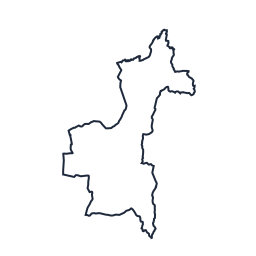 Manica, Manica, Mozambique (Natural Earth projection), rotated 11°
{"feature_id": "85939544B32725727804377", "entity_name": "Manica", "entity_type": "district", "adm_level": 2, "iso_a3": "MOZ", "parent_name": "Mozambique", "parent_adm1": "Manica", "projection": "natural_earth1", "projection_center": [33.017, -18.781], "detail": "fine", "context": "isolated", "style": "outline", "palette": "slate", "viewbox_px": 256, "rotation_deg": 11, "n_neighbors": 0, "source": "geoboundaries", "source_scale": "gbopen_adm2", "svg_char_len": 5834}
<svg xmlns="http://www.w3.org/2000/svg" viewBox="0 0 256 256"><g transform="rotate(11 128 128)"><path d="M143.7,25.6L143.2,26.2L143.0,27.1L142.6,27.5L143.0,28.2L142.6,29.3L142.2,29.6L141.8,29.7L142.1,31.3L141.6,31.6L141.4,32.1L141.7,33.4L141.6,33.6L140.7,33.8L140.4,34.3L140.0,33.7L139.9,32.4L139.7,32.4L139.0,32.6L138.1,33.5L137.0,35.0L136.7,36.0L136.3,36.3L136.2,37.4L135.9,37.5L135.8,38.8L135.4,40.2L133.9,43.1L133.7,44.4L134.2,45.2L135.5,46.2L135.8,47.0L136.0,48.2L135.6,52.4L135.1,53.8L134.6,54.5L130.0,57.9L129.8,58.3L127.7,59.5L126.6,59.8L126.6,59.1L126.3,58.5L126.1,57.6L125.6,57.1L125.7,56.4L126.1,56.0L126.2,55.3L125.9,55.1L125.3,55.8L124.5,55.6L124.4,55.9L122.9,56.8L122.3,57.8L120.5,58.7L120.2,59.2L120.2,59.8L120.0,60.1L119.3,60.1L118.0,60.8L117.8,60.7L117.7,60.2L117.5,60.3L117.1,61.5L115.8,61.4L115.9,61.8L115.2,61.7L115.2,61.8L115.4,62.1L115.2,62.5L114.7,62.5L114.2,62.1L113.9,62.2L113.4,62.9L113.2,62.8L113.2,62.0L113.0,61.8L112.3,61.4L112.0,61.4L111.2,62.5L110.1,62.7L109.5,63.7L109.4,64.3L109.1,64.7L108.8,64.4L108.4,64.4L104.9,66.2L105.2,66.9L107.1,68.5L108.0,70.0L110.0,72.0L110.4,72.6L108.3,79.8L108.9,80.7L110.3,81.9L112.1,82.7L112.0,85.2L112.6,89.4L122.2,106.1L122.3,108.4L122.1,109.9L121.8,110.8L121.2,111.2L120.0,116.0L119.5,118.8L118.5,121.6L117.9,122.7L117.6,124.7L117.1,125.5L115.0,127.5L114.1,128.9L112.7,129.7L112.2,130.5L111.5,131.3L106.9,132.5L106.5,132.5L105.9,132.2L102.3,129.6L100.6,128.1L99.3,127.3L98.4,127.2L92.9,127.8L92.1,128.5L90.5,129.5L88.7,131.5L85.8,132.0L84.7,132.4L83.5,133.8L83.1,134.6L82.4,135.3L81.7,135.5L80.7,135.5L80.2,135.1L79.3,135.0L79.0,135.1L78.3,135.8L77.1,136.6L76.0,137.8L74.7,138.1L72.7,139.6L70.5,141.6L70.2,142.0L72.1,145.8L72.7,145.6L73.0,146.0L72.8,146.5L72.9,146.9L75.7,153.7L75.9,154.7L75.1,155.1L75.4,157.9L75.6,159.1L76.1,160.3L77.4,162.0L78.3,162.8L78.4,163.2L78.2,163.4L75.7,163.9L72.7,165.0L70.1,165.3L69.4,165.6L71.2,172.2L72.4,181.6L73.2,186.0L84.5,186.3L84.9,185.8L85.5,184.6L85.9,184.2L87.5,184.0L90.9,184.4L96.8,182.5L98.4,182.3L98.6,182.5L99.1,184.6L99.2,188.0L99.8,191.5L99.8,194.8L102.5,198.2L104.2,197.5L104.8,197.5L105.1,197.8L105.4,198.8L105.2,200.0L106.8,204.4L106.6,205.3L105.7,207.0L105.0,209.9L103.7,213.5L103.4,215.0L103.0,221.4L104.5,221.2L106.3,221.6L106.8,221.5L107.4,221.1L108.5,219.0L109.4,218.5L111.3,218.0L112.7,218.1L115.8,217.1L117.2,217.0L122.5,217.3L124.9,217.1L128.0,217.2L130.0,216.7L132.4,215.4L136.2,214.9L140.5,211.8L142.1,209.6L144.7,208.3L145.3,207.8L146.2,206.5L146.6,206.3L147.8,206.8L149.1,207.9L151.1,209.9L152.3,211.5L153.2,212.2L154.2,212.6L156.2,212.5L156.5,212.7L157.2,213.9L157.5,214.7L157.5,215.5L158.2,217.1L158.7,217.4L160.2,217.3L160.7,218.3L160.7,218.7L161.0,219.5L160.7,221.2L160.7,222.8L160.4,223.9L161.6,224.7L162.1,226.2L162.8,226.4L163.1,226.3L163.8,225.3L164.8,224.9L165.1,225.0L166.3,226.5L166.9,227.0L168.6,227.7L168.9,228.2L169.3,229.5L169.7,230.1L171.8,230.9L172.0,231.4L172.4,231.1L171.9,229.9L172.1,228.8L172.1,227.6L172.6,226.9L172.9,225.1L173.5,224.2L173.4,223.4L174.2,222.2L174.2,221.3L173.7,220.9L173.5,220.4L171.6,218.9L170.8,217.0L170.7,216.4L171.0,215.7L171.0,214.6L171.1,213.7L170.9,212.2L171.6,211.1L171.4,210.5L171.3,208.9L171.1,208.4L171.0,207.4L170.3,206.3L170.2,205.0L170.0,204.4L170.0,203.0L169.7,202.4L169.5,201.0L169.2,200.4L169.3,199.5L168.7,198.4L167.7,198.0L167.2,197.6L166.3,196.0L165.9,193.9L165.9,191.7L165.3,190.8L165.3,190.3L164.7,189.8L164.5,189.4L164.6,188.4L164.5,187.5L164.9,185.7L165.4,184.2L166.2,182.5L166.8,180.6L166.5,180.5L166.8,178.5L166.8,176.9L166.2,175.9L165.6,175.3L160.4,167.3L160.5,160.4L158.8,160.1L157.8,159.3L157.4,159.1L155.7,159.9L155.2,159.9L153.2,158.6L152.4,158.8L150.3,160.0L149.7,160.1L149.0,159.7L148.2,159.8L148.8,158.2L148.5,157.6L148.5,157.0L147.9,155.9L148.2,155.1L148.5,154.6L147.8,153.3L147.9,153.1L147.7,150.1L147.1,146.6L145.7,144.7L145.5,143.0L144.9,142.4L144.6,141.8L144.8,140.3L144.5,139.3L144.6,138.6L144.4,138.0L144.6,136.7L144.7,135.2L144.5,134.2L144.3,134.0L144.1,133.4L144.0,132.0L144.2,131.1L147.3,131.0L149.7,130.0L151.9,127.9L152.4,127.2L152.6,126.5L152.7,125.9L152.3,124.9L151.1,122.6L150.8,120.8L150.8,115.4L150.4,114.5L149.4,113.4L149.2,112.2L149.9,110.5L150.6,107.6L151.4,105.0L151.2,104.0L150.4,103.5L150.2,102.5L150.4,100.7L150.6,94.2L150.9,92.9L152.1,91.1L153.0,89.3L152.7,87.0L153.0,85.4L153.6,85.4L154.3,84.4L155.1,84.0L156.3,82.9L157.2,81.3L158.1,80.4L159.2,79.9L159.5,80.1L160.1,81.4L160.4,83.0L161.2,83.8L161.7,83.9L162.3,84.2L162.9,84.2L163.5,83.7L164.5,83.5L166.5,83.9L167.2,84.3L167.5,84.3L167.5,83.7L168.9,82.8L170.4,82.6L172.6,84.0L172.8,83.4L173.2,82.9L174.4,82.8L175.2,82.3L176.1,82.5L177.3,82.4L179.0,82.5L180.3,82.3L181.2,81.9L182.0,82.3L183.1,83.3L184.2,83.7L185.1,83.0L186.0,82.0L186.0,80.9L186.6,79.8L186.6,79.3L186.0,77.9L185.0,77.0L185.5,76.0L185.4,73.8L184.2,74.2L183.9,74.1L183.5,73.3L183.2,72.0L183.2,70.5L183.4,69.4L183.1,68.8L182.7,68.4L182.0,68.1L181.4,67.3L180.3,67.0L179.9,66.7L178.6,66.5L177.7,65.8L176.9,64.8L176.0,64.4L175.7,63.7L175.7,62.8L176.7,61.4L176.7,60.7L176.0,60.6L171.1,61.4L169.2,62.2L168.2,62.5L167.2,63.0L165.6,63.0L164.2,63.7L163.6,63.9L163.3,63.8L162.8,62.7L161.7,61.8L161.6,60.8L160.8,60.2L159.8,58.9L159.4,57.3L158.1,56.0L157.5,54.8L157.6,53.6L157.9,52.5L157.7,51.0L158.0,50.3L158.2,49.5L159.0,47.9L158.9,46.7L158.4,45.9L158.2,44.4L157.6,42.9L158.2,42.3L158.3,41.9L157.8,41.6L157.4,41.8L156.7,41.8L156.4,41.5L156.5,40.7L156.3,40.5L155.0,40.6L154.8,40.7L154.7,41.5L154.0,41.7L153.1,40.7L151.8,39.9L151.0,39.8L150.9,39.4L151.1,38.9L151.1,38.4L151.3,38.1L151.5,37.3L151.4,36.2L151.0,35.7L151.0,35.0L150.4,34.8L148.7,35.1L148.3,34.3L148.3,29.9L148.1,29.3L148.3,29.0L148.1,28.6L147.4,28.5L147.2,28.1L147.6,27.2L147.6,26.6L147.8,26.1L147.7,25.3L147.3,24.9L147.3,24.7L145.7,25.0L145.1,24.6L144.4,24.8L144.2,25.4L143.7,25.6Z" fill="none" stroke="#1e293b" stroke-width="2"/></g></svg>